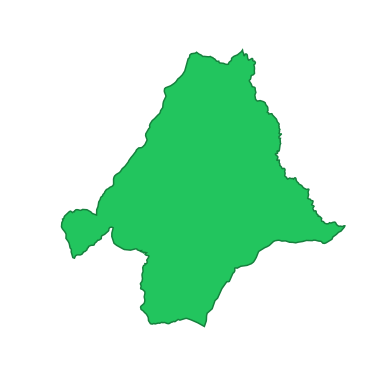 outline of Campohermoso, Boyacá, Colombia, rotated 162°
{"feature_id": "7082276B14856553435658", "entity_name": "Campohermoso", "entity_type": "district", "adm_level": 2, "iso_a3": "COL", "parent_name": "Colombia", "parent_adm1": "Boyacá", "projection": "mercator", "projection_center": [-73.141, 5.004], "detail": "fine", "context": "isolated", "style": "filled", "palette": "green", "viewbox_px": 384, "rotation_deg": 162, "n_neighbors": 0, "source": "geoboundaries", "source_scale": "gbopen_adm2", "svg_char_len": 5952}
<svg xmlns="http://www.w3.org/2000/svg" viewBox="0 0 384 384"><g transform="rotate(162 192 192)"><path d="M88.2,229.5L88.2,230.2L89.1,232.2L89.2,235.2L91.7,240.5L91.7,241.5L92.1,241.9L94.8,242.4L94.7,243.5L95.8,244.5L95.2,245.5L94.6,245.9L93.9,248.7L93.9,250.2L94.5,250.9L94.9,253.2L94.8,254.2L95.9,255.7L98.4,257.5L99.0,257.9L101.5,258.2L101.9,258.5L102.9,260.4L102.3,264.8L100.5,266.9L100.3,269.7L99.8,271.4L100.1,272.2L102.2,273.6L102.3,276.4L103.2,279.8L103.1,280.2L102.6,280.8L101.8,281.0L101.3,281.5L99.8,284.2L99.4,284.5L97.3,284.6L95.9,285.5L95.2,288.3L94.5,289.8L94.0,291.7L93.9,293.8L92.5,294.4L91.8,295.3L91.8,296.1L92.1,297.1L93.1,297.5L93.6,298.3L93.1,299.5L93.3,300.2L93.7,300.5L96.4,299.9L97.5,300.0L97.7,302.1L97.1,305.2L97.5,306.3L98.2,306.7L98.6,306.7L100.0,305.5L100.4,305.6L100.5,306.2L100.1,308.0L100.4,309.1L100.1,311.4L101.7,310.2L106.4,308.4L110.1,308.1L112.4,307.3L113.2,306.6L113.5,305.6L114.1,304.9L116.6,303.9L117.7,302.8L117.9,302.3L119.1,302.5L120.5,303.1L122.2,304.6L125.6,306.1L126.2,306.9L126.1,308.1L127.8,308.6L128.3,309.0L129.3,311.5L130.3,312.4L130.7,313.4L131.8,314.1L132.6,315.2L134.4,315.4L138.7,317.3L139.9,317.6L140.8,319.2L142.9,321.2L144.5,323.5L145.8,323.0L149.9,323.7L151.7,323.0L152.9,320.6L154.5,319.9L161.5,309.3L165.0,306.4L168.3,304.7L170.5,303.9L173.2,301.8L175.4,300.8L179.5,299.6L184.9,299.3L186.1,298.7L187.0,297.0L187.3,295.9L187.1,291.7L187.3,290.9L191.1,286.9L192.2,285.0L193.7,281.4L196.7,279.1L197.5,277.7L198.6,276.6L200.7,275.7L205.1,273.3L207.8,272.2L210.7,269.8L211.9,268.2L212.0,266.8L212.3,266.3L213.7,265.5L218.0,261.6L218.7,259.9L218.6,255.5L219.1,254.8L222.3,251.5L225.2,250.0L226.5,249.8L229.1,250.4L231.6,249.3L232.3,248.8L232.5,248.2L237.1,245.0L239.4,243.6L242.2,241.5L243.4,240.2L247.9,237.1L251.2,235.7L253.6,233.7L255.1,232.9L258.6,232.1L260.5,231.2L261.5,230.3L262.6,228.6L264.2,223.5L265.7,222.2L268.8,221.8L270.7,221.0L272.6,220.8L274.6,219.4L275.9,217.9L277.4,217.2L278.3,215.9L279.9,215.4L281.0,214.4L281.4,213.5L283.8,211.3L285.9,207.2L288.1,204.6L289.9,199.6L293.5,202.4L294.4,204.4L297.4,207.6L301.4,209.2L303.1,208.9L304.1,209.1L306.0,210.4L307.3,210.9L308.3,210.9L308.9,210.4L309.5,210.4L310.1,209.6L311.1,209.8L312.1,209.4L313.3,211.3L314.6,211.3L320.5,208.5L321.2,207.9L322.1,206.5L323.5,206.2L323.3,205.2L325.3,203.0L326.9,199.2L326.6,197.0L325.3,193.6L324.8,191.4L324.9,190.3L326.2,186.9L325.0,183.2L324.7,181.0L325.2,176.4L324.6,175.1L324.6,174.3L325.4,172.4L325.6,166.6L325.4,166.2L324.2,165.4L322.8,167.0L321.7,167.6L320.3,167.6L317.8,166.7L315.9,166.8L315.2,167.5L314.2,167.9L313.8,168.5L312.2,168.5L309.9,169.4L309.0,170.7L307.7,171.3L307.2,172.2L304.5,172.5L302.5,171.9L301.3,172.0L300.6,173.0L299.9,173.5L298.3,174.1L296.5,175.3L295.7,175.0L294.2,175.2L293.6,175.6L293.0,175.5L292.7,175.7L292.0,177.5L291.2,178.3L288.2,178.7L283.5,180.8L283.0,181.3L282.4,182.7L281.3,183.6L279.3,183.5L278.0,182.3L280.9,177.7L282.0,174.5L282.0,167.3L280.1,164.5L274.9,158.9L274.1,158.2L268.4,155.7L263.4,155.4L262.5,155.1L262.0,154.7L261.9,153.9L259.9,152.3L258.3,151.9L259.1,151.3L257.9,150.3L257.3,150.3L257.0,149.1L256.6,149.0L255.7,149.3L254.0,148.3L255.7,147.5L255.9,147.1L255.1,146.0L253.0,144.8L252.8,144.4L253.4,143.4L256.1,141.2L256.1,139.9L256.7,138.4L257.5,137.9L258.9,138.4L259.1,137.3L260.8,137.0L262.2,135.3L263.1,131.5L264.6,129.7L265.2,128.5L265.9,124.8L267.2,122.4L269.1,121.1L269.5,120.5L269.4,118.3L270.6,116.3L270.4,115.4L269.6,115.0L269.0,114.3L267.7,111.9L268.0,110.3L269.9,107.0L270.2,103.9L270.8,102.5L272.0,100.8L275.9,99.1L276.5,98.4L276.7,96.1L274.9,93.6L274.5,92.3L273.3,90.3L272.7,88.2L272.4,86.1L273.1,83.1L272.2,79.6L270.7,78.7L268.8,78.7L268.1,78.1L267.5,77.9L264.7,77.8L263.2,77.2L260.9,77.4L260.3,76.8L258.4,76.4L256.2,74.6L254.9,74.0L254.1,74.0L251.7,74.6L251.0,74.4L249.4,74.6L248.7,74.1L248.0,74.0L244.6,75.1L243.1,73.9L237.5,73.8L236.1,73.5L232.4,70.7L226.9,65.8L221.8,60.3L218.4,64.8L217.8,66.0L216.4,69.8L215.1,72.0L208.9,74.7L203.7,81.6L200.5,83.1L193.4,90.9L187.5,95.3L186.6,95.9L184.8,95.4L184.1,95.5L178.3,102.0L176.9,102.6L175.9,103.5L175.4,104.4L175.1,106.0L174.8,106.4L173.5,106.2L172.6,105.6L168.5,106.3L162.3,105.2L157.6,105.5L155.2,106.4L153.5,107.7L151.1,109.9L147.4,114.4L146.5,115.0L140.0,116.6L137.5,116.8L135.0,117.3L129.9,119.7L128.2,120.0L124.9,119.5L123.5,118.9L121.8,117.6L118.1,116.6L114.8,114.1L111.8,113.0L109.0,111.6L106.6,111.5L101.9,110.7L98.2,110.6L92.7,108.6L91.2,108.6L89.7,108.1L86.9,106.3L84.7,105.3L84.3,104.9L83.3,102.8L81.9,102.2L80.4,102.2L73.5,103.8L71.9,105.7L67.9,107.0L65.1,108.4L62.3,108.8L58.3,111.3L57.4,112.1L57.1,112.6L57.8,112.9L59.7,112.7L61.6,113.8L63.0,114.0L64.5,116.2L65.0,118.7L65.6,119.3L67.2,119.6L69.5,119.5L70.7,120.3L72.0,119.7L73.7,120.0L75.5,121.4L76.1,123.2L77.7,124.2L77.4,126.1L76.8,126.9L78.2,129.5L79.1,129.7L79.5,130.1L79.2,130.9L80.0,132.4L80.3,133.6L79.9,135.4L80.5,136.0L81.8,136.2L82.2,138.4L82.2,138.9L81.7,139.6L80.4,140.7L80.6,141.3L82.0,142.6L82.1,143.0L80.7,144.2L79.7,145.9L80.0,146.4L81.3,147.1L81.8,148.6L83.3,149.5L83.9,150.3L83.1,151.4L82.8,152.2L82.0,153.2L81.7,155.9L81.2,156.8L80.1,158.1L80.1,158.5L80.6,158.9L81.7,158.9L82.5,159.2L84.8,161.6L85.7,164.3L87.8,166.5L88.1,167.9L88.8,168.9L89.3,170.8L89.0,172.6L89.2,173.4L89.7,173.7L90.3,173.6L91.5,172.9L91.9,173.7L93.4,174.1L94.8,175.1L97.0,174.7L97.6,175.6L97.5,176.6L98.7,178.2L98.7,179.0L97.6,181.2L97.6,182.8L96.7,184.2L96.6,185.1L97.2,186.1L98.6,186.2L99.1,186.7L99.2,188.0L99.9,189.6L100.3,190.0L99.8,191.5L100.0,193.1L99.1,195.2L99.4,195.6L100.9,195.7L101.4,195.9L101.3,196.4L99.8,198.0L99.5,199.2L100.9,201.6L101.0,202.3L100.4,202.6L98.8,202.3L98.5,202.9L98.6,204.2L98.1,204.7L97.6,204.6L97.0,203.9L96.6,204.1L95.9,205.0L93.6,209.8L92.7,210.7L92.7,212.4L92.3,212.9L92.1,214.6L91.3,215.7L92.5,216.3L92.3,217.7L89.2,219.4L89.2,219.7L90.6,220.1L91.1,220.9L90.1,222.3L90.0,223.3L89.1,224.2L89.4,226.1L88.9,227.3L88.9,228.5L88.2,229.5Z" fill="#22c55e" stroke="#15803d" stroke-width="1.5"/></g></svg>